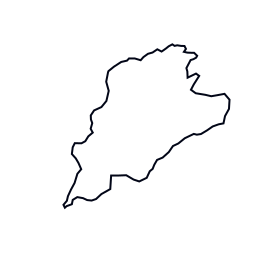 Vasa Koilaniou, Limassol, Cyprus (Albers equal-area conic projection), rotated 231°
{"feature_id": "46923920B80352268926708", "entity_name": "Vasa Koilaniou", "entity_type": "district", "adm_level": 2, "iso_a3": "CYP", "parent_name": "Cyprus", "parent_adm1": "Limassol", "projection": "albers", "projection_center": [32.788, 34.84], "detail": "fine", "context": "isolated", "style": "outline", "palette": "ink", "viewbox_px": 256, "rotation_deg": 231, "n_neighbors": 0, "source": "geoboundaries", "source_scale": "gbopen_adm2", "svg_char_len": 1350}
<svg xmlns="http://www.w3.org/2000/svg" viewBox="0 0 256 256"><g transform="rotate(231 128 128)"><path d="M71.5,205.1L76.2,210.9L79.3,218.5L86.1,224.7L93.8,224.5L97.6,217.5L100.3,212.7L105.1,209.0L112.4,202.5L118.1,201.0L120.5,206.6L123.7,216.1L127.5,215.1L129.6,206.0L134.6,209.7L137.8,211.1L141.4,219.4L140.3,222.2L139.8,225.2L140.6,227.2L144.8,226.7L146.2,225.0L149.3,221.5L152.0,219.4L153.0,222.8L156.2,223.5L158.3,221.0L161.3,218.3L162.5,215.9L165.1,215.1L165.9,211.0L165.9,207.7L166.1,204.4L166.3,202.2L170.7,200.3L171.2,194.6L173.1,190.2L173.4,184.6L172.7,180.5L177.8,177.0L181.4,172.6L181.0,169.6L183.6,164.3L184.5,155.6L184.5,148.6L183.9,147.6L177.7,140.2L169.0,136.4L162.6,128.2L161.0,120.5L163.0,112.7L161.2,107.0L158.0,104.6L154.3,103.3L150.9,98.5L146.6,97.7L146.5,91.9L144.6,86.5L145.4,82.2L149.7,77.1L147.8,72.9L143.1,68.0L137.3,68.3L132.0,67.5L125.4,65.7L124.3,59.9L118.9,51.9L116.0,44.9L112.8,38.4L109.9,34.7L108.9,29.5L105.8,28.8L105.9,31.1L104.1,36.4L106.9,39.8L106.2,45.1L101.8,48.9L97.7,50.9L94.5,54.1L92.9,58.5L93.4,65.8L91.7,75.8L101.7,85.0L96.9,90.9L92.4,96.9L84.4,99.9L79.4,103.1L77.5,111.2L80.7,117.7L80.7,121.4L82.9,125.3L84.9,130.5L83.2,136.3L83.6,144.5L85.7,151.6L84.3,157.4L84.3,165.7L82.0,175.4L79.5,177.3L77.4,180.9L76.4,188.0L75.9,194.8L73.8,200.8L71.5,205.1Z" fill="none" stroke="#020617" stroke-width="2"/></g></svg>